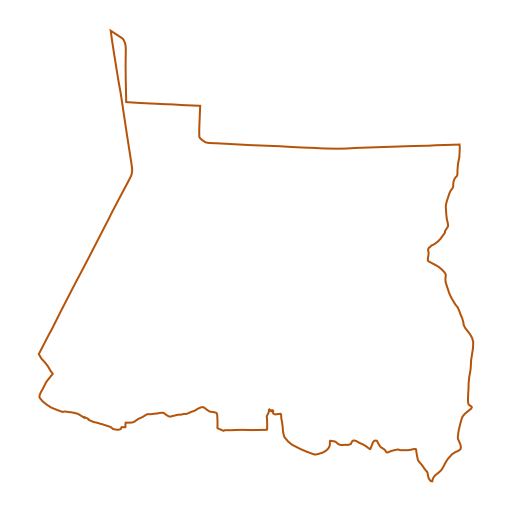 Sai Mai, Bangkok Metropolis, Thailand (Robinson projection)
{"feature_id": "78962969B64116960890602", "entity_name": "Sai Mai", "entity_type": "district", "adm_level": 2, "iso_a3": "THA", "parent_name": "Thailand", "parent_adm1": "Bangkok Metropolis", "projection": "robinson", "projection_center": [100.659, 13.912], "detail": "fine", "context": "isolated", "style": "outline", "palette": "amber", "viewbox_px": 512, "rotation_deg": 0, "n_neighbors": 0, "source": "geoboundaries", "source_scale": "gbopen_adm2", "svg_char_len": 6038}
<svg xmlns="http://www.w3.org/2000/svg" viewBox="0 0 512 512"><path d="M432.3,481.3L432.4,480.5L432.8,479.0L433.1,478.3L433.9,476.8L434.8,475.7L437.2,473.6L438.2,473.0L439.4,471.9L441.4,470.0L443.4,466.7L444.8,463.9L446.3,461.3L447.9,458.9L449.4,457.1L450.5,456.1L450.9,455.4L451.9,454.4L454.2,452.8L455.0,452.3L458.0,451.0L459.3,450.2L459.9,449.7L460.5,449.0L460.7,448.4L460.9,447.6L460.6,445.2L459.8,443.1L458.0,439.0L457.9,438.3L457.8,437.5L458.4,432.2L459.1,428.6L460.0,424.8L461.5,419.3L462.2,417.4L462.6,416.6L463.6,415.2L465.3,413.4L466.4,412.5L471.2,408.6L471.8,407.3L471.5,406.6L471.1,406.3L469.2,405.0L468.8,404.7L468.5,404.2L468.0,401.7L468.0,398.0L468.2,393.2L468.5,388.9L468.6,383.5L469.2,377.3L470.2,371.7L470.6,368.9L470.8,366.5L471.1,360.2L472.9,348.8L473.1,345.8L473.2,342.0L473.0,341.1L472.7,339.9L471.8,337.4L470.7,335.4L469.7,333.8L465.2,328.0L464.5,326.7L463.8,325.1L463.5,324.0L463.4,322.7L463.1,321.2L462.1,318.2L460.4,314.1L459.6,311.7L458.2,308.5L457.7,307.4L455.5,304.7L454.1,302.5L451.5,298.1L450.7,296.5L449.3,293.4L448.0,289.5L447.0,286.5L445.7,282.5L445.5,280.6L445.4,278.9L445.5,277.5L445.8,275.7L445.8,275.0L445.7,274.5L445.1,273.2L444.2,272.0L441.9,269.6L440.3,268.2L438.7,266.9L435.8,265.2L429.0,261.6L428.1,260.8L427.9,260.5L427.8,260.1L428.0,257.6L428.4,255.6L428.6,252.9L428.1,249.9L428.1,249.3L428.4,248.7L429.0,247.7L430.2,246.9L431.0,245.9L431.4,245.5L433.2,244.8L435.0,243.7L438.0,241.4L440.7,238.6L441.6,237.2L442.5,236.1L443.1,235.1L444.2,233.8L445.0,232.3L445.0,231.4L445.1,231.0L447.8,226.7L448.0,226.3L448.1,225.3L447.9,223.7L447.0,219.8L446.7,218.1L446.3,214.7L445.8,207.2L445.9,205.1L446.7,201.5L449.5,193.1L450.5,190.9L452.3,188.6L453.0,187.1L453.2,186.3L453.4,182.3L453.8,180.9L454.3,179.4L454.8,178.4L455.3,177.7L456.9,176.0L457.1,175.6L457.2,175.2L457.4,174.2L457.5,169.8L457.9,164.9L458.3,162.2L459.3,157.4L459.4,156.2L459.8,147.6L459.5,144.5L457.0,144.7L454.2,144.7L448.5,144.9L436.9,145.2L428.7,145.7L410.6,146.1L357.0,147.9L351.6,148.2L344.9,148.6L335.4,148.7L321.7,148.4L314.0,147.9L304.2,147.6L291.6,147.0L279.2,146.2L249.9,145.1L219.3,143.4L209.3,143.0L207.7,142.8L205.9,142.4L204.6,141.8L201.7,139.7L200.0,138.1L199.5,137.3L199.3,136.7L199.3,135.9L199.2,132.5L199.4,124.7L200.2,105.8L182.9,105.1L172.4,104.4L165.4,104.2L140.2,103.0L126.2,102.1L125.7,76.8L125.6,64.4L125.8,48.5L125.5,45.0L124.7,42.3L123.7,40.0L122.9,38.9L122.2,38.3L110.7,30.7L111.9,39.6L114.3,55.2L118.5,81.2L120.7,93.3L126.9,134.4L131.6,164.7L132.2,169.3L132.0,172.2L131.7,173.7L131.3,175.3L130.8,176.5L127.5,182.9L123.7,190.0L111.6,213.0L108.2,220.0L105.6,224.9L89.5,256.2L80.3,273.8L75.7,282.4L60.5,311.9L51.5,329.9L49.4,333.6L38.8,354.1L40.9,357.8L41.5,358.7L44.9,362.4L47.9,366.3L48.3,366.9L50.8,371.3L52.6,373.4L52.7,373.7L52.7,373.9L48.0,379.7L46.0,382.4L44.3,385.9L43.5,387.4L42.9,388.7L40.7,392.5L40.2,393.8L39.7,395.2L39.4,396.6L39.5,397.3L39.7,397.8L42.2,400.9L43.7,402.2L46.0,404.1L47.8,405.4L49.9,406.6L50.1,407.0L52.0,407.9L57.9,410.3L62.5,411.9L63.0,411.9L64.0,411.6L64.8,411.5L69.1,412.1L71.1,412.3L75.0,413.0L77.9,413.9L78.6,414.2L81.0,415.7L84.3,417.8L84.5,417.1L88.4,419.0L88.4,419.5L88.5,419.8L93.8,422.1L96.2,422.5L100.5,423.8L102.1,424.2L109.8,426.7L110.6,427.0L111.0,427.3L112.8,428.8L113.2,429.1L117.7,429.8L118.6,429.7L120.0,429.4L120.5,429.2L121.0,428.6L121.6,427.1L124.5,427.3L125.3,427.2L125.5,424.3L125.6,422.7L125.9,422.6L126.4,422.7L131.4,422.6L133.6,422.1L134.0,421.9L138.4,418.9L139.4,418.4L141.1,417.7L142.6,417.0L145.8,415.0L146.4,414.6L147.0,414.3L147.6,414.2L150.8,414.2L152.4,414.0L154.7,413.7L157.0,413.5L160.7,412.8L163.2,412.8L163.5,412.9L165.1,413.9L165.3,414.1L165.5,414.3L166.4,415.0L168.8,416.4L169.1,416.5L170.1,416.6L171.1,416.4L178.2,414.7L179.5,414.7L180.5,414.7L181.3,414.6L183.9,413.9L185.5,414.0L186.6,413.8L188.6,413.1L191.1,411.9L192.8,411.4L194.8,410.6L196.1,409.9L197.3,409.0L199.6,407.9L201.5,407.2L202.3,407.2L203.3,407.2L205.2,408.3L206.0,409.1L209.2,411.3L210.6,411.7L212.9,412.0L214.2,412.2L215.8,412.7L216.3,412.9L216.7,413.2L217.0,414.0L217.2,415.1L217.5,420.9L217.5,425.7L217.4,427.3L217.4,427.9L217.5,428.1L218.1,428.5L221.2,429.8L223.4,430.8L223.6,430.8L224.5,430.3L224.9,430.2L231.7,430.2L235.4,430.0L239.5,429.9L244.5,429.9L251.7,430.1L257.1,430.0L261.3,429.9L266.3,429.8L266.9,429.7L267.2,428.4L267.1,426.2L267.2,424.9L267.0,418.3L266.7,416.5L267.2,415.3L268.5,412.9L268.8,411.5L269.0,409.7L269.4,409.4L270.7,410.9L271.1,411.2L271.4,411.1L271.5,411.0L271.9,410.2L272.2,410.1L272.4,410.2L273.2,410.8L273.3,411.1L272.9,412.0L272.8,412.4L272.9,412.8L273.5,413.7L274.3,414.1L275.2,414.4L276.2,414.3L280.3,413.8L280.7,413.9L280.9,414.1L281.1,415.1L281.4,419.0L282.0,421.9L282.7,427.1L282.8,428.7L282.8,429.8L283.2,432.5L283.7,434.7L284.3,436.8L285.3,438.2L288.4,441.8L292.3,444.9L300.6,449.1L303.0,450.2L304.3,450.6L306.8,451.8L306.9,451.7L307.2,451.8L308.8,452.5L312.0,453.7L314.6,454.5L315.1,454.6L318.3,454.0L319.0,453.8L320.3,453.3L321.6,453.0L323.1,452.4L325.3,451.1L326.5,450.2L327.6,449.2L328.5,448.1L329.1,447.1L329.5,446.0L329.8,445.2L329.9,443.6L329.9,441.3L330.0,441.0L330.1,440.8L330.9,440.8L332.2,441.1L333.6,441.2L334.9,441.5L336.1,442.2L337.8,443.7L338.8,444.4L340.6,444.9L342.3,445.0L345.3,444.8L347.6,444.9L348.8,444.8L351.0,443.8L351.6,442.3L352.2,441.3L352.8,440.8L353.4,440.5L353.6,440.5L354.9,440.6L355.9,440.9L359.9,443.1L362.5,444.2L365.5,445.9L369.3,448.7L369.9,449.0L370.2,449.1L370.3,449.0L370.4,448.9L372.6,443.3L373.0,442.4L373.4,441.7L374.4,440.7L374.7,440.6L376.8,440.7L378.6,444.0L379.5,445.5L380.5,446.9L381.5,447.6L384.4,449.5L384.9,449.9L386.0,451.7L386.3,452.1L386.6,452.3L387.2,452.5L388.2,452.3L389.4,451.7L391.2,451.0L393.8,450.3L397.7,449.5L398.2,449.5L400.4,450.2L406.8,450.2L409.5,450.0L413.7,449.1L414.9,449.0L415.8,449.1L416.0,449.4L416.3,451.1L416.5,452.8L416.9,455.1L417.6,458.7L418.0,460.1L419.1,461.8L420.8,463.7L422.7,466.1L424.3,468.5L426.1,470.8L427.2,471.9L427.5,472.9L428.3,477.2L428.8,478.4L429.7,479.9L430.8,481.1L431.0,481.2L432.3,481.3Z" fill="none" stroke="#b45309" stroke-width="2"/></svg>